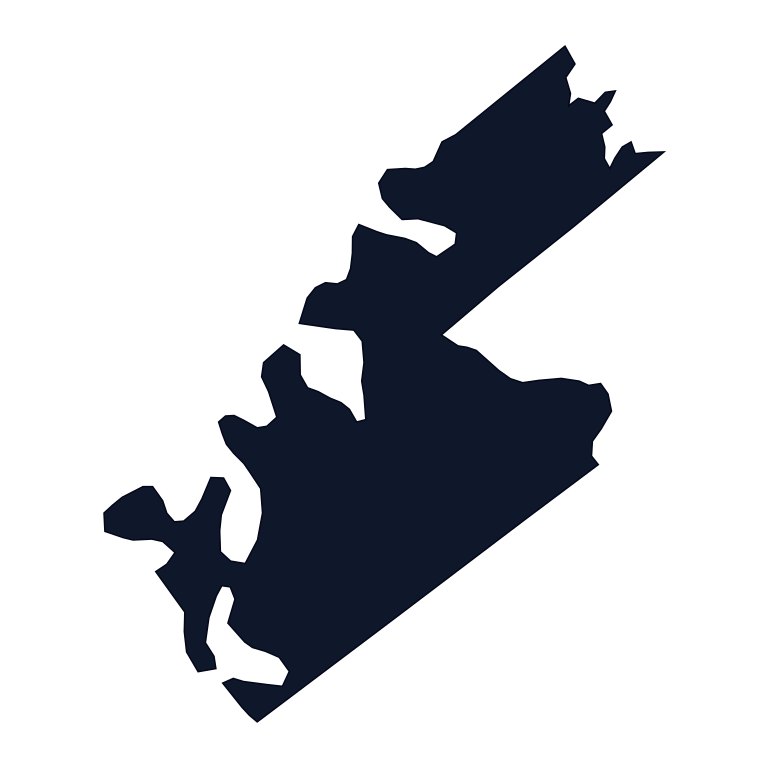 Godoy Moreira, Paraná, Brazil
{"feature_id": "56859067B87274416555752", "entity_name": "Godoy Moreira", "entity_type": "district", "adm_level": 2, "iso_a3": "BRA", "parent_name": "Brazil", "parent_adm1": "Paraná", "projection": "equal_earth", "projection_center": [-51.924, -24.155], "detail": "fine", "context": "isolated", "style": "filled", "palette": "ink", "viewbox_px": 768, "rotation_deg": 0, "n_neighbors": 0, "source": "geoboundaries", "source_scale": "gbopen_adm2", "svg_char_len": 2081}
<svg xmlns="http://www.w3.org/2000/svg" viewBox="0 0 768 768"><path d="M155.7,571.6L184.8,612.1L184.3,631.7L186.6,652.0L198.1,671.7L215.9,668.6L214.0,656.3L205.4,642.7L208.9,617.6L216.3,596.0L221.8,585.7L230.2,586.9L235.0,599.1L227.9,623.1L244.7,642.0L252.5,647.5L265.4,651.3L279.2,657.3L289.3,671.4L282.4,686.3L267.2,684.6L243.4,681.5L233.3,678.4L222.7,683.1L242.0,707.3L249.3,715.2L257.2,721.9L392.4,620.0L525.4,519.2L598.3,464.6L591.5,456.0L592.4,441.2L601.2,428.9L611.5,411.2L608.0,394.0L600.6,383.5L588.7,385.4L579.2,381.1L561.3,378.4L538.6,380.4L522.7,382.7L510.4,378.7L498.8,370.5L476.3,350.4L467.1,347.3L458.0,345.9L441.4,334.9L498.4,286.5L573.7,226.6L664.0,151.9L648.0,152.4L635.2,153.6L631.1,141.9L622.3,146.9L615.0,157.9L609.8,168.5L604.3,158.6L604.8,146.9L601.6,133.5L612.1,124.9L604.3,111.2L610.3,101.9L615.4,90.9L605.3,92.3L594.8,103.1L578.3,98.3L568.7,105.7L570.5,93.5L565.8,77.5L575.0,64.0L565.0,46.1L455.7,134.7L442.0,141.9L433.2,161.5L424.6,167.3L415.3,169.2L405.3,168.5L387.4,169.6L378.7,183.1L382.4,198.6L389.6,207.2L402.1,219.5L418.0,218.7L444.6,225.7L456.6,232.9L455.2,244.1L436.6,256.8L428.5,252.7L416.4,242.7L404.8,238.4L386.4,234.8L376.9,231.7L358.8,224.5L352.6,236.5L352.4,253.2L350.6,268.5L346.5,279.6L337.4,283.9L325.4,282.7L315.4,287.7L307.2,298.0L299.3,323.4L335.6,328.6L353.8,330.1L362.2,341.1L364.0,362.6L361.7,381.1L364.0,395.2L365.8,419.6L356.7,422.0L349.4,409.3L341.0,402.6L330.4,398.3L318.1,391.6L307.6,387.8L300.2,374.8L299.9,354.7L283.6,344.9L263.6,362.6L261.6,376.8L268.6,391.6L276.8,417.2L266.8,426.3L257.2,427.8L243.8,420.3L234.1,415.5L225.5,416.0L218.6,422.0L222.3,433.7L226.4,444.3L233.8,453.4L243.8,463.4L250.4,473.0L260.7,488.6L262.5,513.0L257.5,540.0L245.2,563.5L230.6,561.1L220.4,551.7L219.7,530.9L221.3,514.9L230.5,490.5L223.6,478.0L210.9,477.5L201.8,499.1L195.2,511.3L183.7,521.1L174.3,521.8L166.8,513.2L162.7,500.8L152.6,486.6L143.0,486.6L122.3,497.2L112.6,505.1L104.0,513.0L104.9,531.4L123.2,537.6L133.0,540.0L151.8,539.1L162.7,541.5L175.0,552.5L166.8,564.2L155.7,571.6Z" fill="#0f172a" stroke="#020617" stroke-width="1.5"/></svg>